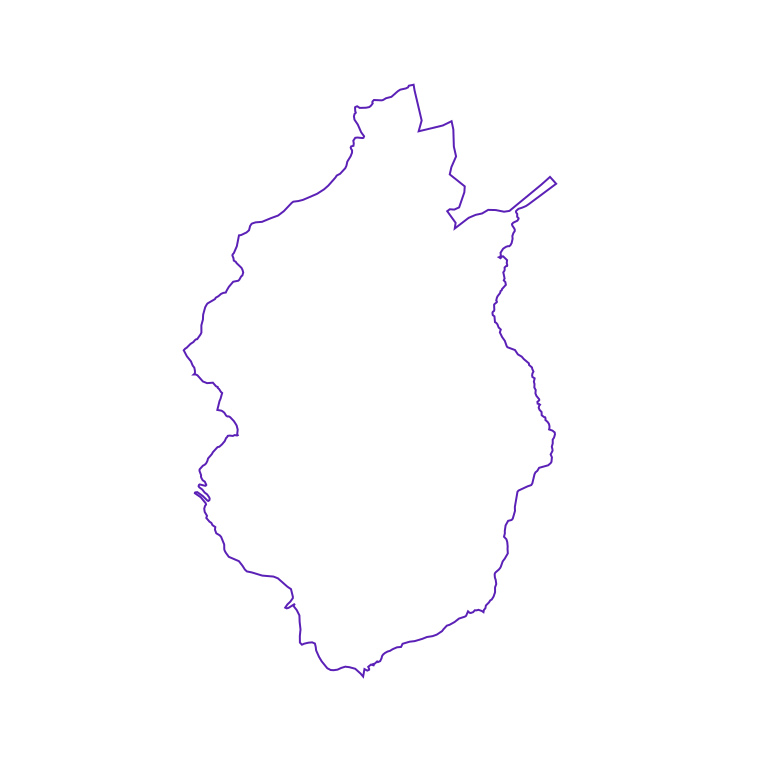 outline of Ilovita, Mehedinti, Romania, rotated 209°
{"feature_id": "2599482B41781803047638", "entity_name": "Ilovita", "entity_type": "district", "adm_level": 2, "iso_a3": "ROU", "parent_name": "Romania", "parent_adm1": "Mehedinti", "projection": "mercator", "projection_center": [22.488, 44.769], "detail": "fine", "context": "isolated", "style": "outline", "palette": "violet", "viewbox_px": 768, "rotation_deg": 209, "n_neighbors": 0, "source": "geoboundaries", "source_scale": "gbopen_adm2", "svg_char_len": 6166}
<svg xmlns="http://www.w3.org/2000/svg" viewBox="0 0 768 768"><g transform="rotate(209 384 384)"><path d="M330.5,642.6L339.2,645.6L343.1,634.5L358.2,596.2L362.5,592.9L370.6,590.3L377.3,586.8L380.9,580.7L385.9,576.3L390.5,570.4L397.5,554.3L399.5,559.7L412.5,565.8L411.2,568.7L407.1,570.6L403.9,574.9L406.7,590.7L409.2,596.0L428.1,599.2L430.2,606.3L431.3,618.0L438.0,625.5L446.8,640.3L452.3,646.6L457.9,638.6L476.2,621.8L478.8,632.7L499.7,655.7L503.2,660.1L506.9,656.9L506.8,655.1L508.2,653.1L512.5,649.3L513.9,646.7L516.7,638.8L520.8,634.9L522.4,632.1L523.5,631.0L530.5,627.5L531.0,625.6L530.8,624.7L529.9,623.9L530.3,621.2L531.1,619.1L533.7,616.9L539.1,613.7L542.1,613.9L543.4,612.3L543.3,611.6L541.3,608.5L540.3,607.8L540.2,607.2L540.7,606.1L540.1,603.6L538.0,600.9L532.7,598.2L526.0,593.1L521.5,591.0L521.3,589.4L522.0,588.7L526.7,586.7L528.5,585.4L528.8,581.9L527.1,579.8L526.2,577.5L527.9,575.9L527.8,574.7L526.9,573.8L525.2,572.9L524.1,570.8L523.6,567.0L523.9,560.7L522.7,556.8L522.5,554.0L524.3,546.6L526.4,543.4L526.6,540.9L528.9,530.5L530.8,525.2L534.8,517.8L544.1,505.8L547.6,502.5L551.7,499.5L552.5,497.8L555.4,486.6L558.3,480.0L563.4,474.1L569.3,466.7L574.7,463.1L577.1,460.5L577.5,459.8L577.7,457.3L576.6,453.0L577.7,449.9L581.2,445.0L582.9,443.7L579.5,433.1L578.8,425.7L579.2,423.9L578.9,422.9L576.7,421.1L575.2,419.1L572.8,419.0L571.7,418.3L565.0,416.5L563.2,415.3L561.2,413.3L560.5,410.3L561.1,408.7L561.1,405.1L561.5,403.7L565.5,400.3L566.8,393.7L566.9,389.4L566.7,387.3L568.7,385.8L570.2,383.8L571.4,380.5L573.0,377.9L573.0,376.3L577.4,368.9L577.6,367.6L577.6,364.4L575.8,357.0L573.6,352.5L572.2,346.8L568.6,340.4L568.5,338.4L569.1,332.7L570.0,332.0L570.7,330.4L571.0,328.4L572.7,325.2L574.2,319.9L575.0,318.6L575.5,316.4L569.9,312.7L563.8,310.2L560.3,307.4L557.8,306.3L555.7,303.8L554.7,302.0L554.6,301.4L555.0,300.1L553.5,301.0L551.5,301.2L543.6,298.4L539.1,299.0L534.3,302.2L529.9,300.6L527.9,300.7L527.5,300.0L525.7,299.6L522.8,298.0L521.2,297.7L519.8,291.7L519.6,289.4L517.2,280.5L513.4,281.8L512.3,281.9L509.8,281.5L506.7,279.8L505.2,279.7L504.1,280.4L502.5,280.4L497.4,278.8L495.1,277.6L492.7,276.2L489.8,273.1L488.1,269.0L487.1,268.3L487.6,267.7L489.9,266.9L491.0,265.3L493.9,264.1L495.5,262.9L495.5,261.3L495.9,260.2L495.6,256.9L496.4,252.7L497.6,249.3L499.0,248.1L500.6,241.4L500.6,239.1L501.8,233.5L501.2,231.2L501.1,228.3L501.7,226.4L502.8,224.7L503.9,220.0L503.3,218.6L499.7,215.5L499.2,214.2L498.0,213.2L495.9,211.9L493.4,211.7L490.5,209.6L490.7,208.5L491.0,208.3L496.5,206.8L496.9,205.9L496.6,204.7L495.5,204.1L491.8,203.6L488.2,202.1L485.1,201.7L481.9,200.1L480.9,199.2L480.4,197.7L481.0,196.5L481.9,196.4L488.3,198.2L494.9,198.9L496.3,197.9L496.7,197.3L496.5,196.8L489.4,196.1L482.2,193.3L481.2,192.3L481.4,190.5L480.8,187.8L478.8,185.2L474.9,182.9L474.5,180.7L469.9,179.0L467.6,178.8L465.6,177.4L462.2,177.1L461.2,174.6L458.3,172.1L454.3,172.0L452.3,171.3L446.0,166.2L443.5,161.9L442.4,160.9L440.7,159.8L436.0,157.6L425.0,158.7L419.4,156.3L415.8,154.3L413.1,153.6L408.3,155.1L397.6,157.4L387.3,162.0L382.6,162.6L370.3,159.9L365.9,159.5L360.7,153.9L359.9,152.5L360.4,148.2L361.6,144.5L362.0,140.5L360.3,140.6L358.9,142.0L355.4,148.5L355.6,146.0L350.8,144.0L345.8,140.6L342.5,135.1L338.0,128.8L335.4,122.7L332.2,117.1L329.4,116.2L327.9,118.2L324.7,121.1L321.6,123.2L318.6,123.5L316.3,121.0L314.2,118.1L308.5,113.8L304.0,111.2L295.8,107.9L292.0,108.0L289.4,109.2L286.2,111.6L283.7,115.0L280.8,118.0L277.1,119.5L271.1,121.0L264.2,119.4L260.4,118.0L262.9,125.2L259.7,125.2L259.0,126.1L258.5,126.9L258.9,127.7L260.7,129.0L259.4,132.2L256.7,132.9L256.8,134.0L257.5,134.0L256.4,135.2L255.5,138.0L254.5,137.8L253.0,139.8L253.2,143.1L253.8,145.0L253.6,147.1L252.7,149.3L251.2,151.7L249.4,153.5L247.9,156.2L245.0,160.0L241.6,162.3L241.8,165.8L236.7,171.0L232.5,174.0L227.0,179.6L223.8,183.5L219.3,187.0L216.4,190.3L213.4,196.0L213.1,198.2L211.9,203.1L209.9,205.2L206.9,210.0L204.7,215.2L200.5,219.7L199.8,221.1L200.3,225.9L198.3,225.4L197.1,225.8L195.4,227.7L194.9,230.1L193.3,230.9L191.9,232.3L188.4,232.9L186.4,232.7L187.1,234.9L186.6,236.9L187.5,239.7L186.3,243.9L186.2,246.1L185.3,247.8L185.1,251.2L185.9,255.7L188.3,260.0L188.8,263.4L191.4,266.9L193.1,268.4L194.8,270.9L195.2,272.1L195.1,273.3L193.6,277.4L193.2,279.6L193.3,281.1L194.2,286.5L193.7,289.8L193.6,295.9L196.2,300.0L196.9,301.6L199.5,305.4L201.6,307.5L205.0,308.6L205.9,312.0L207.1,314.0L209.1,319.3L209.1,324.5L206.5,326.9L206.1,328.6L207.9,336.5L209.9,339.8L215.0,354.4L214.7,356.0L208.8,364.1L206.2,367.0L206.1,369.0L208.6,378.0L208.7,380.1L207.8,382.4L207.7,385.9L201.0,392.5L199.9,395.5L199.8,397.1L201.6,401.3L204.1,403.2L204.2,407.3L205.2,408.8L206.8,410.4L207.6,413.8L209.5,417.2L209.3,419.5L210.0,422.7L211.2,424.4L214.1,424.9L217.6,424.3L217.8,425.3L218.8,427.3L220.3,429.0L222.4,430.1L225.4,430.8L226.1,432.3L226.9,433.0L227.9,432.7L230.9,433.1L232.6,435.9L235.4,436.8L237.2,438.2L237.8,440.5L237.5,441.5L238.4,441.7L240.1,441.3L241.2,442.8L240.5,444.5L240.4,445.2L240.9,445.9L244.9,447.5L247.0,449.2L248.4,452.3L250.8,453.8L252.4,457.0L254.0,458.6L255.0,462.0L257.6,462.1L258.6,463.3L259.3,465.2L259.3,467.3L261.6,469.0L262.6,470.2L266.4,471.0L267.3,472.3L273.9,473.6L276.8,474.7L281.3,474.8L285.9,477.2L293.9,476.0L295.3,476.8L299.2,480.3L303.4,482.3L307.7,485.3L308.3,488.3L311.1,489.0L313.9,491.3L315.6,491.9L316.9,491.9L320.2,496.7L322.3,497.0L323.6,498.7L323.8,499.9L323.2,501.3L323.5,502.4L326.1,506.6L326.1,507.5L325.0,510.2L325.3,510.9L326.3,511.4L327.1,514.2L327.2,515.8L326.6,519.9L327.1,521.8L326.5,523.0L326.8,524.3L325.5,529.8L327.3,532.0L329.5,532.7L329.7,534.8L333.8,539.5L333.6,541.2L333.8,542.3L335.0,544.4L334.4,546.3L333.6,546.9L333.8,547.7L335.3,549.3L336.4,552.0L341.7,553.4L342.5,552.9L343.1,550.5L344.9,550.6L344.0,551.7L344.3,553.3L345.7,555.3L345.4,560.1L343.8,563.1L342.6,564.5L341.2,565.3L340.7,566.8L340.7,569.1L341.9,573.3L343.5,575.7L344.0,578.8L343.8,581.1L344.4,582.3L345.5,583.2L348.6,584.8L349.6,585.8L349.2,587.7L346.5,591.5L346.4,593.8L346.8,594.3L348.6,594.8L349.9,597.3L351.6,598.1L352.2,598.8L352.3,599.6L351.3,602.4L348.5,605.4L346.1,608.5L344.7,611.2L330.5,642.6Z" fill="none" stroke="#5b21b6" stroke-width="2"/></g></svg>